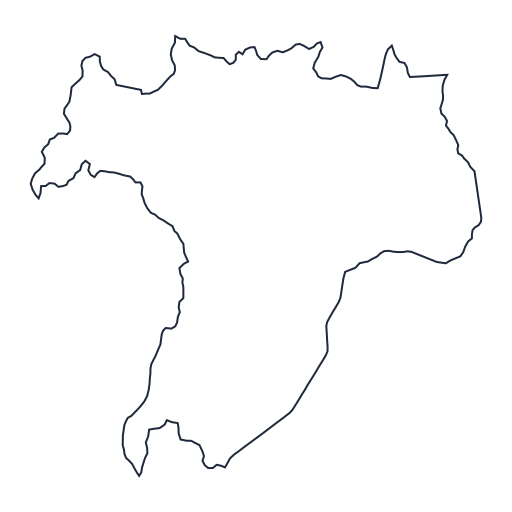 the district of Barrolândia, Tocantins, Brazil
{"feature_id": "56859067B29038650995578", "entity_name": "Barrolândia", "entity_type": "district", "adm_level": 2, "iso_a3": "BRA", "parent_name": "Brazil", "parent_adm1": "Tocantins", "projection": "mercator", "projection_center": [-48.818, -9.896], "detail": "fine", "context": "isolated", "style": "outline", "palette": "slate", "viewbox_px": 512, "rotation_deg": 0, "n_neighbors": 0, "source": "geoboundaries", "source_scale": "gbopen_adm2", "svg_char_len": 4286}
<svg xmlns="http://www.w3.org/2000/svg" viewBox="0 0 512 512"><path d="M225.0,467.4L230.1,458.3L234.6,454.1L238.9,451.1L244.1,447.1L250.9,442.1L259.4,435.8L266.1,430.8L270.4,427.5L278.6,421.3L283.3,417.8L289.8,412.8L292.6,409.6L296.0,404.2L299.3,398.9L301.8,394.6L304.4,390.6L308.7,383.2L311.1,379.5L314.0,374.9L316.6,370.6L319.1,366.3L321.4,362.7L325.8,355.3L327.5,351.4L327.6,347.2L327.2,341.5L327.0,337.7L326.6,330.9L326.3,326.0L327.1,322.2L329.5,317.7L332.9,311.7L335.6,307.4L338.7,302.0L340.3,298.2L341.0,294.3L341.9,288.1L342.7,282.9L343.5,278.0L345.2,271.8L355.4,267.8L359.6,263.2L363.7,262.3L367.9,261.5L372.1,259.0L377.0,256.6L380.6,253.2L384.3,251.1L389.0,250.8L393.4,251.7L398.1,252.1L403.3,252.0L407.7,251.3L411.6,251.9L436.8,262.0L445.8,263.3L450.5,260.4L454.8,258.6L460.4,256.3L463.3,252.0L465.2,246.7L468.0,241.6L471.9,238.4L471.9,234.6L472.6,230.0L475.1,227.3L478.6,225.2L481.0,221.7L481.3,217.8L474.5,171.3L470.2,166.7L468.0,162.2L464.4,158.8L461.9,155.4L458.2,153.4L457.4,149.2L458.3,145.2L456.1,140.2L453.6,135.1L450.5,132.2L448.4,128.7L446.0,125.7L447.0,120.8L444.5,116.5L441.4,113.6L440.3,108.3L441.8,103.7L442.9,100.0L443.1,96.1L442.5,91.5L442.7,85.9L444.4,79.9L447.2,74.8L421.4,76.4L409.9,77.0L407.9,73.1L406.9,67.3L404.5,63.0L399.4,61.8L396.5,57.8L394.5,54.3L393.4,50.2L391.8,45.6L387.9,49.4L385.7,54.5L384.5,59.5L383.7,63.4L382.4,69.6L380.4,78.5L377.7,88.2L372.6,88.0L366.2,86.6L360.9,86.6L357.2,85.1L354.4,81.8L350.9,78.9L346.4,76.6L340.9,75.0L335.0,77.0L330.7,78.9L326.2,78.5L321.6,78.3L318.1,76.4L316.3,72.5L313.2,68.4L314.8,62.6L318.3,56.8L319.9,51.8L322.5,47.5L320.6,42.1L316.8,43.5L313.8,46.8L309.1,49.0L303.8,45.8L299.5,43.9L295.6,44.6L291.4,48.3L287.5,50.4L282.8,52.3L277.4,50.8L272.5,52.4L269.0,55.6L266.5,59.2L260.9,59.0L257.2,54.9L256.1,51.0L254.5,47.1L250.0,47.5L245.2,49.7L242.5,54.3L238.9,51.8L235.8,54.7L235.8,59.7L233.3,62.8L229.7,64.2L226.4,61.3L223.6,58.0L219.5,57.8L214.8,57.4L210.5,55.3L204.4,53.0L198.7,51.2L194.2,47.5L189.5,45.6L187.2,42.1L185.1,38.8L180.4,38.8L175.2,36.1L174.9,42.7L171.7,48.7L170.8,54.5L172.1,60.3L174.7,65.2L175.1,70.0L173.9,73.7L170.4,76.4L166.8,80.3L162.1,85.7L157.9,89.8L153.5,91.7L149.8,93.6L145.8,93.6L141.9,94.0L141.0,89.9L116.3,84.9L114.6,79.3L111.1,76.0L108.0,72.1L103.2,69.4L101.1,65.9L99.9,61.8L99.7,56.6L94.6,54.1L90.2,56.6L85.5,57.8L82.4,61.1L81.4,65.7L82.6,70.6L82.5,76.4L79.6,79.9L76.1,83.0L71.6,87.2L70.6,95.4L69.4,101.7L66.8,105.5L64.5,108.7L63.9,113.8L66.9,118.6L69.6,122.9L70.4,126.6L70.0,130.7L67.1,134.1L63.0,133.5L58.2,133.6L54.1,137.8L49.8,139.5L48.2,144.2L44.3,147.5L41.8,151.8L44.8,157.9L44.5,163.8L41.7,166.7L39.2,169.8L35.0,173.3L32.1,178.9L30.7,183.9L32.7,189.8L35.4,194.6L38.6,198.4L40.5,193.1L41.1,186.1L45.6,186.0L49.4,183.1L54.5,183.6L58.4,186.8L62.9,186.1L66.5,184.8L68.6,180.8L73.4,178.2L75.6,173.3L80.2,170.0L81.8,164.2L85.6,160.8L89.9,164.1L88.3,170.3L90.7,174.8L94.5,177.1L97.2,173.3L100.3,170.9L104.4,171.2L108.7,172.1L114.1,172.5L119.1,173.8L124.2,175.4L130.1,176.5L132.9,179.0L135.4,182.4L140.5,182.4L142.5,186.4L141.9,190.6L141.7,194.4L143.3,198.4L144.5,202.7L147.2,208.1L150.9,212.8L155.2,214.7L158.8,218.0L163.7,220.5L168.2,223.6L172.4,226.1L174.5,231.1L177.3,233.5L179.1,237.2L181.0,240.5L183.4,243.8L183.7,247.8L184.2,252.8L186.0,257.0L188.1,261.5L183.7,263.9L179.4,268.1L180.4,273.9L182.8,278.6L182.4,282.5L183.3,286.8L183.4,293.0L183.3,298.2L179.4,301.9L178.7,307.5L179.8,312.1L177.9,316.8L177.1,322.5L175.3,326.3L171.4,328.6L165.7,328.0L163.0,330.8L161.7,334.4L161.2,338.3L160.4,344.5L158.2,349.5L155.5,356.0L153.3,360.2L151.3,364.2L150.5,368.3L150.4,373.5L149.8,378.7L149.6,383.2L148.7,389.9L147.0,396.4L144.4,401.3L140.9,405.8L136.8,410.3L134.1,413.0L131.3,415.9L127.9,417.8L126.0,421.1L124.4,425.0L123.6,430.4L122.9,435.4L122.8,439.7L122.7,445.0L124.0,449.9L124.4,453.7L126.0,457.8L129.1,460.7L132.1,463.9L134.6,468.6L136.8,472.4L139.1,475.9L141.3,472.4L142.1,467.2L143.7,462.2L144.9,458.3L147.4,453.2L147.1,447.9L145.8,442.4L148.2,436.4L149.1,429.6L154.3,428.7L159.6,428.1L164.7,424.6L166.8,420.2L171.7,422.1L177.7,423.1L178.5,427.7L178.7,433.7L180.6,439.5L186.5,440.7L191.2,440.8L194.5,442.6L199.5,445.1L202.2,450.8L204.0,456.0L202.5,460.8L204.8,465.2L208.3,468.1L212.9,468.0L216.6,464.8L221.0,465.7L225.0,467.4Z" fill="none" stroke="#1e293b" stroke-width="2"/></svg>